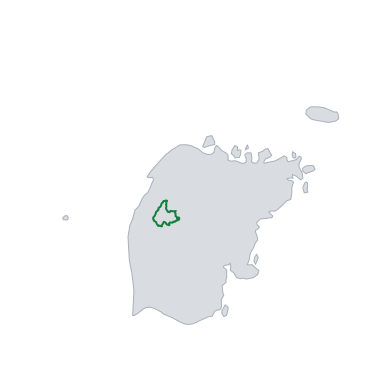 Andong-si, North Gyeongsang, South Korea shown in context, rotated 207°
{"feature_id": "91817680B16014600177045", "entity_name": "Andong-si", "entity_type": "district", "adm_level": 2, "iso_a3": "KOR", "parent_name": "South Korea", "parent_adm1": "North Gyeongsang", "projection": "robinson", "projection_center": [128.764, 36.55], "detail": "fine", "context": "in_parent", "style": "outline", "palette": "green", "viewbox_px": 384, "rotation_deg": 207, "n_neighbors": 0, "source": "geoboundaries", "source_scale": "gbopen_adm2", "svg_char_len": 5181}
<svg xmlns="http://www.w3.org/2000/svg" viewBox="0 0 384 384"><g transform="rotate(207 192 192)"><path d="M116.2,97.5L117.5,96.6L117.6,95.2L117.6,90.7L121.3,87.6L126.5,81.2L129.1,77.6L132.0,74.4L135.4,72.2L138.7,71.1L143.8,70.7L153.8,71.1L155.7,70.7L162.6,70.4L164.2,71.0L169.2,71.3L174.8,70.9L177.6,70.0L180.2,68.4L182.4,65.5L184.8,60.1L187.3,55.8L188.8,55.0L198.9,77.6L208.6,92.2L216.9,102.8L228.7,123.1L232.2,134.0L232.6,140.7L234.6,150.0L232.9,155.3L233.4,163.7L232.7,168.0L231.2,171.2L231.2,177.2L231.7,180.5L231.7,184.8L232.7,186.5L234.0,187.1L236.2,185.5L238.8,184.9L238.4,190.1L235.2,203.2L232.5,212.8L228.7,221.1L223.9,228.7L218.1,231.7L214.0,232.8L206.2,233.2L199.8,231.9L194.2,232.8L192.0,234.4L190.4,237.1L191.6,241.3L191.4,244.5L189.0,244.2L184.3,242.4L179.1,242.2L176.7,241.3L174.2,236.8L171.7,237.0L167.3,239.6L160.7,240.2L158.3,241.6L157.5,243.5L158.4,245.8L161.8,248.9L160.6,252.0L157.1,253.6L154.3,249.8L152.6,246.0L150.6,245.8L147.5,246.9L146.9,250.9L148.3,253.7L150.7,256.9L147.4,260.6L146.5,263.2L144.1,265.1L137.7,260.9L138.7,257.9L141.4,255.0L141.8,252.1L140.9,250.3L131.7,257.8L126.0,266.3L123.0,265.7L121.8,263.5L120.0,262.6L113.9,268.1L112.8,272.5L110.5,272.6L109.6,270.8L109.5,266.8L108.5,263.5L102.2,258.7L99.4,254.4L101.0,252.1L106.2,253.4L110.4,253.2L109.6,251.2L108.2,250.2L111.0,249.1L113.3,246.8L111.4,246.2L108.5,247.5L106.0,246.8L105.1,241.3L102.2,235.6L100.7,230.1L103.7,227.0L105.2,222.0L108.0,214.9L109.4,212.6L113.1,210.9L114.5,209.1L112.4,208.1L109.1,207.3L109.2,205.2L111.5,204.1L114.0,201.9L118.9,199.1L120.4,193.9L119.1,192.6L116.0,191.4L116.7,188.7L118.0,186.7L117.5,185.5L114.0,182.1L111.6,179.1L112.4,175.5L111.9,170.2L112.2,165.8L112.1,163.3L110.4,157.9L109.7,152.4L107.4,153.2L105.5,154.6L98.9,152.7L96.8,152.5L96.0,148.5L98.4,143.5L104.1,139.1L107.3,138.5L109.8,136.6L113.6,136.0L118.1,139.0L122.2,139.6L124.4,144.7L125.8,145.8L126.1,143.9L129.4,141.7L130.2,140.0L129.5,139.1L125.7,138.2L122.4,131.8L121.9,129.0L120.7,127.2L122.6,122.1L118.7,116.2L116.8,114.4L117.1,109.2L115.1,105.8L113.9,104.0L113.3,100.8L113.9,99.4L115.7,98.8L116.2,97.5ZM101.5,327.8L99.6,329.0L97.8,328.3L97.3,327.8L95.2,324.9L94.7,323.4L96.1,320.5L102.0,315.9L117.2,311.3L120.0,311.2L125.9,313.1L127.2,316.7L126.1,319.8L124.7,321.9L117.7,325.4L112.3,327.1L101.5,327.8ZM203.9,248.1L200.0,251.2L194.6,247.0L193.3,244.7L197.4,241.3L200.9,237.5L203.1,237.2L203.9,248.1ZM175.4,247.7L175.0,252.7L172.0,252.9L170.2,249.7L168.3,251.3L167.3,251.3L165.8,247.4L165.6,244.3L169.1,241.9L171.2,243.3L174.3,244.0L175.4,247.7ZM98.0,269.8L95.3,270.5L93.8,268.8L92.7,268.3L93.3,266.1L97.8,261.6L98.6,260.0L102.7,260.9L104.2,263.3L102.3,266.9L98.0,269.8ZM111.5,99.8L111.2,106.5L108.9,106.2L107.4,105.5L106.7,104.2L105.2,98.0L107.0,95.5L110.4,97.5L111.5,99.8ZM95.5,251.5L94.9,252.7L93.1,252.4L91.3,248.9L90.5,246.1L88.6,244.6L91.6,242.2L95.4,246.5L95.5,251.5ZM106.6,162.6L106.0,165.8L103.3,163.7L102.5,156.5L105.4,158.6L106.6,162.6ZM294.6,112.8L292.7,114.3L290.5,112.8L290.2,111.2L291.4,109.9L294.1,109.0L295.4,110.2L294.6,112.8ZM119.9,271.1L120.6,273.5L117.2,273.1L115.4,270.8L115.7,268.8L117.7,268.5L119.9,271.1ZM164.2,257.4L163.7,259.0L161.6,256.6L163.7,254.0L164.2,257.4Z" fill="#d9dde1" stroke="#a8b0b8" stroke-width="1"/><path d="M197.6,151.9L197.2,152.3L197.3,152.6L197.6,152.6L197.8,152.6L198.3,153.0L198.2,153.7L198.0,154.2L197.9,154.8L196.9,155.1L196.3,155.5L195.8,155.8L195.3,156.0L195.1,156.5L195.2,157.0L194.8,157.4L194.2,157.4L193.7,157.7L193.6,158.4L193.5,158.9L193.0,159.2L192.6,159.4L192.3,159.9L192.1,160.4L191.6,160.7L191.3,161.0L191.1,161.5L191.2,162.5L191.9,163.2L192.5,163.1L193.0,162.1L193.3,161.6L193.6,162.0L193.8,162.6L194.5,162.9L195.2,163.0L195.7,163.1L196.2,164.1L196.6,164.7L196.7,165.1L197.1,165.3L197.6,165.7L197.7,166.2L197.8,166.9L198.0,167.5L198.7,167.0L199.1,166.7L199.7,166.5L200.1,166.2L201.4,165.8L202.1,165.5L202.6,165.3L202.7,164.6L202.8,163.8L204.7,163.4L205.1,163.8L205.5,164.2L206.4,164.5L206.9,164.9L207.0,164.9L207.4,165.2L207.6,165.4L208.0,166.4L208.1,166.8L208.2,167.5L208.4,167.9L209.0,168.5L209.4,168.8L209.3,169.2L209.4,169.7L209.7,170.1L210.0,170.7L210.3,171.5L210.2,172.0L210.2,172.3L210.3,172.8L210.9,172.8L211.4,172.6L211.8,172.1L212.1,171.6L212.6,171.3L213.2,171.1L213.3,170.6L213.2,169.9L213.2,169.4L213.5,168.9L213.8,168.2L213.8,167.5L213.8,166.9L213.5,166.5L213.4,165.7L213.4,165.0L213.5,164.4L213.9,163.9L214.2,163.5L214.4,163.1L214.5,162.6L214.5,162.1L214.1,161.7L213.9,161.3L213.8,160.8L214.1,160.4L214.4,160.1L214.4,159.7L214.2,159.3L214.4,158.9L214.5,158.8L215.0,157.7L214.9,157.4L214.6,156.7L214.5,156.1L214.5,155.3L214.4,153.7L214.5,153.3L214.7,153.0L214.9,152.1L214.9,151.7L214.6,151.0L214.2,150.2L213.5,150.0L213.3,149.5L212.5,149.0L211.9,149.0L211.1,149.0L210.5,148.9L210.0,148.6L209.5,148.1L208.8,147.5L208.2,147.2L207.6,147.1L207.1,147.1L206.8,146.5L206.5,146.5L205.8,147.0L205.2,147.4L204.8,147.4L204.0,147.4L203.4,147.8L203.7,148.1L203.8,148.6L203.7,149.1L203.7,149.6L203.6,150.1L203.5,150.7L203.5,151.2L203.6,152.5L202.9,152.7L202.5,152.8L201.9,152.7L201.3,152.6L201.0,152.4L200.6,152.0L200.3,151.8L199.8,151.7L199.1,151.7L198.3,151.9L197.6,151.9Z" fill="none" stroke="#15803d" stroke-width="2"/></g></svg>